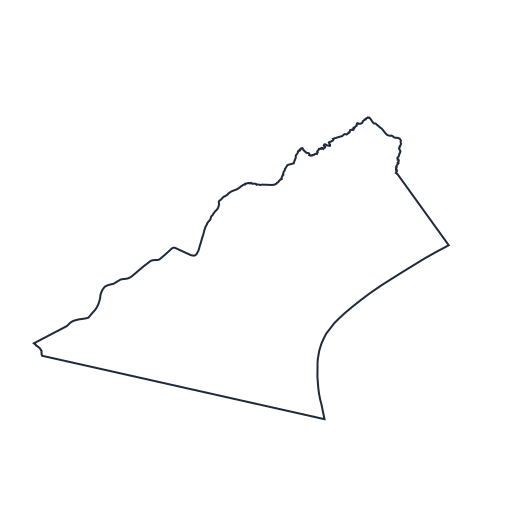 Chiengi, Luapula, Zambia, rotated 201°
{"feature_id": "96606910B82152127957425", "entity_name": "Chiengi", "entity_type": "district", "adm_level": 2, "iso_a3": "ZMB", "parent_name": "Zambia", "parent_adm1": "Luapula", "projection": "albers", "projection_center": [29.176, -8.776], "detail": "fine", "context": "isolated", "style": "outline", "palette": "slate", "viewbox_px": 512, "rotation_deg": 201, "n_neighbors": 0, "source": "geoboundaries", "source_scale": "gbopen_adm2", "svg_char_len": 6042}
<svg xmlns="http://www.w3.org/2000/svg" viewBox="0 0 512 512"><g transform="rotate(201 256 256)"><path d="M407.4,122.9L432.1,94.9L431.5,94.7L431.4,94.9L430.3,94.6L430.2,94.4L429.9,94.2L429.7,93.9L429.0,93.7L428.8,93.5L428.3,93.5L427.8,93.5L426.8,93.0L426.1,92.9L424.8,92.5L424.0,91.8L423.6,91.6L423.1,91.3L422.8,90.8L422.2,90.6L421.9,89.9L421.8,89.1L421.2,88.4L420.9,87.2L420.3,86.7L419.9,86.2L133.6,128.2L141.9,141.2L144.6,144.9L147.8,150.0L150.7,155.4L155.4,165.3L160.2,178.2L161.3,181.7L163.0,190.1L163.5,197.3L163.2,203.2L162.7,208.2L162.5,209.1L158.8,221.5L156.0,227.7L153.0,233.8L148.3,242.4L142.6,252.0L136.1,262.4L129.1,272.6L125.2,277.9L113.1,294.1L97.8,314.0L88.8,324.9L79.9,335.1L152.7,382.8L153.4,383.1L153.6,383.3L154.1,383.3L154.6,383.5L154.9,383.5L155.2,383.6L155.2,383.9L155.0,384.0L155.0,384.3L155.0,384.7L154.9,385.2L155.2,385.3L155.2,385.6L155.1,385.8L155.3,386.1L155.2,386.6L155.5,386.9L155.6,386.6L156.1,386.5L156.5,387.1L156.7,387.7L156.6,389.1L156.6,389.3L157.1,389.3L157.1,389.5L156.9,389.5L156.9,389.8L157.1,391.1L156.7,391.9L156.4,393.1L156.8,393.2L157.2,393.6L157.1,393.9L156.8,394.0L156.7,394.2L156.5,394.3L157.0,395.1L156.8,395.7L156.8,396.0L156.9,396.3L157.3,396.6L157.5,397.0L158.3,396.7L158.6,397.5L158.9,397.7L158.9,398.1L159.1,398.3L159.1,398.7L158.7,399.3L158.5,400.0L158.7,402.6L158.8,403.2L158.8,403.5L158.5,403.8L158.6,405.1L158.7,405.5L159.1,405.7L159.5,406.4L160.6,407.1L161.0,407.8L160.9,408.7L161.1,408.7L161.1,408.9L160.9,409.0L161.1,409.7L160.9,409.7L160.8,410.2L160.8,412.1L160.7,412.5L161.0,412.9L161.9,414.3L162.0,415.5L162.4,416.0L163.3,416.7L164.4,417.1L166.1,417.1L167.7,416.5L169.5,416.2L171.5,416.9L172.6,417.0L173.4,416.4L175.1,416.1L176.7,416.0L178.5,416.6L184.3,420.0L186.1,420.4L191.8,422.5L192.7,422.2L193.7,422.1L194.5,422.4L198.5,425.2L199.8,425.8L200.1,425.8L201.2,425.4L201.1,424.9L202.0,424.4L202.4,424.0L202.6,423.7L202.4,423.1L202.5,422.8L202.6,422.7L203.2,422.5L203.6,422.3L203.5,421.8L204.5,420.2L204.6,419.8L204.5,418.6L204.8,418.0L205.3,417.4L206.7,416.5L207.1,416.4L207.3,416.2L207.9,416.1L208.6,416.5L209.1,416.2L209.2,415.8L209.1,415.3L209.1,414.5L208.8,414.1L208.7,413.6L209.2,413.1L209.6,412.5L209.8,411.5L210.0,411.2L210.4,411.1L210.9,410.8L210.9,410.5L210.7,410.2L210.2,410.3L210.1,410.2L210.2,408.9L210.4,408.6L210.9,408.3L211.4,408.3L211.6,408.5L212.3,407.8L212.8,407.6L213.2,407.3L213.0,405.7L212.9,405.4L213.3,404.5L213.5,404.6L213.6,404.2L213.8,404.1L213.7,403.7L214.5,402.9L214.8,402.1L215.0,401.9L215.3,401.8L215.7,401.9L216.6,401.7L217.5,400.9L218.4,399.0L218.9,398.5L220.0,397.8L226.1,393.0L225.5,392.6L225.4,391.9L225.6,391.4L227.1,389.6L228.0,389.0L228.6,388.4L228.7,388.0L227.3,386.9L226.6,386.3L226.4,385.4L226.7,385.1L227.8,385.1L229.5,384.7L230.4,385.0L231.5,385.1L232.0,384.8L232.3,384.2L232.4,383.7L232.1,383.3L231.5,382.9L230.5,382.7L230.4,382.0L230.8,381.6L231.4,380.5L231.5,380.0L232.0,380.1L232.3,380.6L232.5,380.6L233.1,380.4L233.2,379.9L233.4,380.0L233.5,380.1L233.8,380.2L234.0,379.8L233.9,379.5L234.5,378.9L235.4,378.8L235.6,378.6L235.5,378.4L235.6,378.2L235.6,377.4L235.9,377.0L236.1,376.5L236.0,375.8L236.3,375.5L236.1,375.1L235.7,374.9L235.8,374.7L235.7,374.4L235.6,373.5L235.9,373.3L235.9,373.1L236.6,373.1L236.8,372.7L237.4,372.4L237.6,372.0L238.0,371.8L238.1,371.3L238.1,371.2L238.6,370.9L239.3,370.6L239.4,370.2L239.8,370.1L240.0,369.7L240.5,369.7L241.1,369.2L241.8,369.3L242.4,369.2L242.4,370.0L242.7,370.1L242.9,370.5L243.4,370.8L243.7,370.9L245.9,370.4L246.2,370.6L246.5,370.6L246.8,370.9L247.2,370.9L248.6,371.4L248.9,371.8L249.6,371.9L250.4,372.7L251.1,372.9L251.3,373.2L251.6,372.8L252.1,372.7L252.2,372.8L252.5,372.6L252.5,371.6L252.9,371.6L253.0,371.5L253.2,371.2L253.2,370.7L252.9,370.3L252.9,370.1L253.6,369.9L253.6,369.6L253.9,369.6L254.3,368.8L254.3,368.6L254.1,368.2L254.0,367.4L254.3,365.7L254.6,365.2L254.8,364.3L254.8,363.7L254.2,362.2L254.0,361.2L254.3,360.0L254.0,359.0L254.2,358.1L254.0,356.0L254.7,355.6L256.3,354.3L256.7,354.1L257.5,353.4L258.4,352.9L258.9,352.4L259.2,352.1L259.6,350.3L259.9,348.4L260.2,347.8L260.1,347.2L259.9,346.9L259.9,346.0L260.3,344.8L260.3,344.4L260.3,344.0L260.1,342.8L260.1,342.0L259.6,341.5L259.8,341.1L260.1,340.7L259.9,339.8L260.2,339.1L260.2,338.3L259.9,337.6L259.5,337.2L259.7,336.8L260.2,336.9L260.3,336.7L261.5,334.2L261.6,333.1L262.0,332.5L262.5,332.1L262.8,331.1L263.0,330.7L263.6,330.2L263.7,329.8L264.7,329.0L266.3,328.2L268.0,327.5L270.8,326.6L276.1,324.7L277.3,323.9L279.6,323.5L280.7,323.1L281.1,322.7L281.4,322.9L281.6,323.2L282.6,323.2L283.9,322.8L284.9,322.2L286.0,322.2L286.3,322.5L286.5,322.2L287.1,322.2L287.9,321.5L288.3,321.8L288.6,321.7L289.5,321.3L289.6,321.0L290.4,320.7L290.8,320.3L291.4,320.1L291.6,319.8L291.6,319.6L292.1,319.3L292.0,319.0L292.0,318.8L292.3,318.8L292.7,318.3L293.4,317.8L294.8,315.8L295.1,315.5L295.4,314.7L297.2,312.0L297.7,311.6L298.4,310.8L299.0,310.2L300.2,309.3L302.3,307.2L303.9,304.9L304.2,304.6L304.4,303.4L304.7,303.3L305.0,302.6L306.1,300.9L306.4,300.5L306.9,300.4L307.7,299.2L308.1,298.3L308.1,298.0L308.6,297.0L308.7,296.4L309.9,294.6L310.2,293.4L309.7,292.2L309.0,291.2L308.6,287.4L308.9,285.9L309.3,285.1L309.4,284.3L310.1,283.2L310.4,282.3L310.6,281.2L310.9,280.7L311.1,278.8L312.0,276.9L311.7,273.5L312.6,271.4L313.2,269.4L313.2,267.6L313.6,265.2L313.4,261.1L312.9,257.1L312.8,254.0L312.3,248.6L312.1,245.0L311.8,242.7L311.7,240.5L311.8,239.2L312.2,236.3L312.9,235.0L313.7,234.3L314.6,233.9L316.0,233.6L318.0,233.5L334.7,234.6L336.1,234.1L336.8,233.5L337.9,231.7L338.5,230.3L341.2,225.0L344.7,218.6L345.4,217.8L346.5,217.0L347.4,216.6L348.4,216.3L350.7,215.1L352.0,214.2L352.7,213.5L357.0,206.5L364.2,193.4L365.5,191.3L367.3,189.4L368.9,188.3L372.6,186.4L374.1,185.4L378.7,179.4L379.5,178.7L381.2,177.6L384.1,175.4L385.8,173.6L386.2,172.9L386.7,171.5L387.2,169.4L387.4,165.6L387.0,162.8L386.5,161.3L386.3,160.0L385.9,155.5L386.0,152.9L386.4,149.9L387.1,147.5L388.9,142.7L390.3,138.4L392.8,136.6L398.7,133.3L401.7,131.2L403.4,129.8L404.7,128.3L405.6,126.9L407.4,122.9Z" fill="none" stroke="#1e293b" stroke-width="2"/></g></svg>